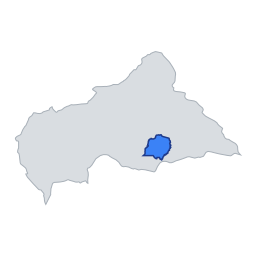 Bakouma, Mbomou, Central African Republic shown in context
{"feature_id": "33826404B59000496677715", "entity_name": "Bakouma", "entity_type": "district", "adm_level": 2, "iso_a3": "CAF", "parent_name": "Central African Republic", "parent_adm1": "Mbomou", "projection": "mercator", "projection_center": [22.809, 5.544], "detail": "fine", "context": "in_parent", "style": "filled", "palette": "blue", "viewbox_px": 256, "rotation_deg": 0, "n_neighbors": 0, "source": "geoboundaries", "source_scale": "gbopen_adm2", "svg_char_len": 5565}
<svg xmlns="http://www.w3.org/2000/svg" viewBox="0 0 256 256"><path d="M182.4,92.3L184.9,92.9L185.4,93.7L184.7,96.3L185.2,97.9L186.6,99.3L188.1,99.9L189.5,100.2L194.3,101.0L196.4,102.0L199.0,105.0L202.4,107.8L203.2,109.2L203.0,110.6L202.1,112.2L202.2,112.8L203.7,114.4L205.5,116.1L208.7,117.9L214.3,120.8L216.9,122.7L217.8,124.2L219.2,125.7L221.2,127.2L222.6,128.3L221.6,131.4L221.9,132.5L222.4,133.4L223.6,134.6L224.0,136.2L225.2,138.2L226.6,139.1L228.9,139.4L230.1,140.4L232.6,141.9L235.1,143.3L236.1,144.2L236.8,145.1L237.3,146.1L237.6,147.0L237.7,149.2L238.1,151.8L239.4,153.6L240.6,154.9L235.6,153.4L234.9,153.4L234.0,153.6L231.4,155.5L230.5,155.8L227.3,155.4L219.3,153.9L213.1,152.4L211.3,151.9L208.0,151.4L205.9,152.4L203.8,155.8L203.2,156.4L200.0,157.4L198.5,157.1L194.8,158.1L189.1,156.7L187.1,157.0L185.5,157.7L181.4,159.2L178.9,160.0L176.0,160.8L173.3,162.1L171.4,162.7L169.6,162.7L168.0,162.0L166.2,161.4L164.0,161.3L161.8,161.7L159.9,163.0L159.2,164.0L157.5,166.5L155.6,170.7L154.8,171.5L154.1,171.9L145.2,169.8L141.4,169.4L138.8,170.0L135.5,168.8L134.1,168.6L133.4,169.0L131.6,168.5L128.7,167.1L125.8,166.5L123.3,166.7L121.8,166.2L120.5,164.8L118.9,162.3L116.0,159.8L112.1,157.8L109.7,156.3L108.7,155.3L106.6,154.7L103.4,154.6L100.3,155.6L95.9,158.7L91.8,165.2L89.5,167.6L87.7,168.2L87.2,169.8L88.1,172.2L88.3,175.1L87.7,179.9L87.9,183.3L87.0,182.8L86.0,181.2L85.6,180.8L82.9,181.6L81.5,182.2L80.7,182.9L80.1,183.0L79.3,182.1L78.6,181.9L77.5,182.1L76.4,182.1L75.7,182.0L75.3,182.0L74.0,181.5L69.3,180.2L68.5,179.7L67.6,179.8L65.2,180.9L63.9,181.3L60.0,182.0L55.9,182.3L54.3,182.4L53.2,182.9L52.5,183.6L51.2,188.0L50.9,188.8L50.9,189.9L50.6,193.5L50.7,194.6L45.8,204.4L45.0,202.7L44.5,200.8L44.3,198.6L44.4,198.1L44.1,197.4L43.6,195.6L44.0,194.5L43.7,193.3L42.7,192.1L41.9,191.2L41.4,190.3L41.0,190.0L40.0,189.9L38.7,189.5L33.2,183.7L27.5,177.3L26.3,175.2L25.8,174.0L27.2,173.8L27.6,173.6L27.6,173.1L26.8,171.4L26.3,169.3L25.6,168.0L23.4,166.1L21.3,164.5L20.6,163.8L20.2,162.7L19.4,155.7L19.0,153.7L18.3,152.9L17.8,152.5L17.6,152.0L17.7,150.7L18.0,149.6L18.0,149.2L18.6,148.2L18.6,141.8L17.9,140.9L16.6,140.9L15.9,139.9L15.4,138.7L15.5,137.9L16.8,136.6L17.6,136.1L20.0,135.0L20.7,134.5L21.1,133.9L21.4,133.0L22.8,129.7L24.9,126.4L25.8,125.7L28.0,120.8L28.5,119.6L28.8,118.3L29.5,117.3L31.8,115.7L33.6,112.8L35.5,112.9L37.4,113.4L39.9,113.6L41.9,113.0L43.1,111.9L49.2,110.0L49.6,108.4L50.6,107.6L51.7,106.9L52.1,106.8L52.2,107.3L52.8,108.9L54.2,110.5L56.2,112.3L56.8,112.2L58.1,110.8L61.2,110.0L62.0,109.6L64.3,107.7L67.0,106.4L68.5,106.0L71.2,104.7L73.2,104.9L76.3,104.7L81.5,104.0L85.2,103.8L87.1,103.6L87.6,103.3L88.3,101.5L88.9,100.9L90.3,100.1L93.1,97.3L94.9,94.9L95.4,94.0L95.8,93.9L96.6,92.9L95.8,91.8L92.7,89.7L92.8,89.4L92.6,89.1L92.8,88.8L93.9,87.9L95.5,86.9L97.2,86.6L101.7,86.6L105.4,86.4L106.3,86.5L109.3,86.0L111.3,85.5L113.3,84.5L118.0,84.6L121.9,82.0L123.0,81.5L123.5,81.1L123.7,80.7L125.5,79.7L127.5,77.6L129.2,75.6L129.6,74.3L134.0,69.7L135.6,69.8L136.3,69.2L138.1,66.1L138.6,65.6L140.4,65.0L141.3,64.1L142.0,62.8L142.0,61.1L141.7,59.7L141.7,59.1L142.1,58.5L142.8,57.9L146.2,56.2L147.0,55.4L147.6,54.7L148.5,54.6L149.5,54.7L150.2,54.2L150.9,53.4L153.2,52.4L155.4,51.6L157.6,52.0L161.7,53.0L163.0,55.2L163.6,56.0L168.6,61.2L169.6,62.4L172.1,66.2L173.6,68.7L175.4,72.4L175.6,74.3L175.3,76.0L175.0,80.9L174.5,82.2L172.3,84.8L172.2,86.0L172.7,87.0L173.3,87.4L173.8,87.8L173.5,90.1L174.3,91.0L176.0,91.5L180.2,91.9L182.4,92.3Z" fill="#d9dde1" stroke="#a8b0b8" stroke-width="1"/><path d="M168.9,138.2L162.1,136.3L161.5,135.3L161.3,134.9L160.6,134.8L159.8,135.2L158.9,134.8L158.3,135.0L156.4,135.2L155.6,136.5L155.6,137.2L155.0,138.2L153.5,139.0L152.9,138.9L152.2,139.0L151.9,139.0L151.5,138.5L151.0,138.5L150.9,138.8L150.3,139.1L149.7,139.2L148.8,140.1L149.0,140.3L149.0,140.5L148.9,140.8L148.4,141.2L148.3,141.7L148.2,142.9L148.1,143.3L148.1,143.8L148.0,144.0L147.8,144.2L147.7,144.6L147.8,144.9L148.2,145.5L148.3,145.8L148.2,146.0L147.7,146.0L147.3,146.1L147.4,146.3L147.6,146.4L147.6,146.6L147.0,147.3L146.4,147.4L146.1,147.7L145.9,148.2L145.6,148.4L145.3,148.5L145.2,148.7L145.2,149.0L145.1,149.7L145.1,150.2L145.2,150.6L145.0,151.3L145.0,151.8L145.1,153.2L144.9,154.0L144.6,154.4L144.2,154.8L143.3,155.6L153.2,155.6L153.9,156.6L154.4,157.5L155.6,158.4L156.0,158.6L156.7,158.7L157.0,157.5L159.4,157.5L159.7,158.2L160.0,158.5L160.0,158.9L160.3,159.3L160.6,159.3L161.0,159.4L161.4,159.6L161.7,159.9L161.9,159.7L161.8,159.3L161.9,159.0L162.2,159.0L162.4,158.8L162.5,158.8L162.6,158.5L162.5,158.3L162.8,157.8L162.9,157.5L162.9,157.2L163.2,156.9L163.3,156.7L163.6,156.4L163.7,156.1L163.9,155.7L164.1,155.6L164.2,155.0L164.4,154.9L164.5,154.7L164.8,154.6L164.9,155.1L165.0,155.1L165.3,154.7L165.7,154.8L165.9,154.5L166.2,154.3L166.3,154.2L166.2,153.9L166.4,153.6L166.7,153.5L167.0,153.5L167.1,153.4L167.2,153.1L167.3,153.0L167.4,153.3L167.5,153.4L167.8,153.2L167.9,152.7L168.0,151.9L168.4,151.0L168.5,150.8L169.3,150.4L169.2,150.2L169.2,149.9L169.3,149.6L169.4,149.2L169.6,148.9L169.8,148.7L170.0,148.6L170.0,148.3L170.0,148.2L170.3,148.0L170.3,147.8L170.3,147.7L170.2,147.6L170.3,147.5L170.5,147.4L170.7,147.2L170.2,146.9L170.1,146.6L170.1,146.2L170.3,145.9L170.2,145.5L170.4,145.5L170.6,145.4L170.8,145.2L170.6,144.9L170.3,144.8L170.0,144.5L170.0,144.1L169.7,143.7L169.8,143.3L169.9,143.1L170.1,142.9L170.0,142.6L170.0,142.4L170.2,142.2L170.3,142.2L170.2,141.8L170.2,141.7L170.3,141.4L170.3,141.2L170.1,140.8L169.5,140.3L169.4,139.8L169.3,139.5L169.2,138.9L169.1,138.5L168.9,138.2Z" fill="#3b82f6" stroke="#1e3a8a" stroke-width="1.5"/></svg>